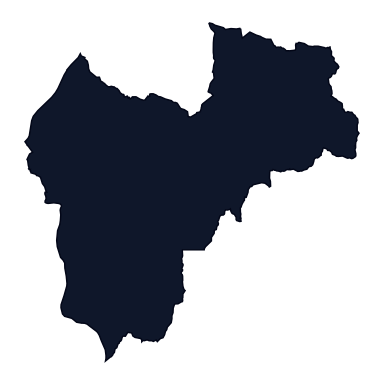 Envigado, Antioquia, Colombia (Equal Earth projection)
{"feature_id": "7082276B11340902680280", "entity_name": "Envigado", "entity_type": "district", "adm_level": 2, "iso_a3": "COL", "parent_name": "Colombia", "parent_adm1": "Antioquia", "projection": "equal_earth", "projection_center": [-75.537, 6.148], "detail": "fine", "context": "isolated", "style": "filled", "palette": "ink", "viewbox_px": 384, "rotation_deg": 0, "n_neighbors": 0, "source": "geoboundaries", "source_scale": "gbopen_adm2", "svg_char_len": 5865}
<svg xmlns="http://www.w3.org/2000/svg" viewBox="0 0 384 384"><path d="M352.9,158.3L355.3,156.7L355.8,155.9L355.8,153.7L354.9,149.8L355.6,147.8L355.6,145.9L355.1,145.8L355.5,145.5L355.8,142.0L356.8,140.4L356.5,137.9L357.4,135.7L359.0,133.2L357.2,130.9L357.2,125.0L358.0,122.6L357.7,119.1L357.2,118.3L356.2,117.6L354.9,115.3L353.6,114.6L351.9,112.3L349.9,112.3L347.9,111.6L346.8,112.3L344.8,112.2L343.6,109.2L342.4,109.3L342.4,106.3L342.1,103.6L340.8,102.6L337.7,101.0L336.2,99.2L334.4,98.3L332.4,96.7L331.0,96.1L332.0,93.6L331.8,90.8L331.3,89.1L331.0,86.6L329.5,84.9L328.8,83.3L328.3,78.7L328.8,78.0L330.1,77.5L331.3,76.4L332.4,73.7L334.8,73.9L335.6,72.9L336.3,70.1L337.1,68.9L338.3,68.2L338.8,66.8L337.4,64.3L335.5,62.8L333.9,61.0L334.1,58.2L332.4,56.5L331.7,56.3L331.4,54.7L331.5,51.6L330.4,49.5L330.0,47.0L329.1,47.3L328.5,48.0L327.5,47.5L325.6,48.4L324.9,47.7L318.1,46.2L314.0,46.2L313.7,46.7L308.3,46.1L304.4,43.6L299.0,42.4L298.3,42.7L297.6,43.6L296.1,43.4L295.6,45.0L295.9,48.4L295.2,50.2L289.8,50.8L286.0,50.7L285.2,49.6L283.3,48.2L282.2,48.2L280.7,47.0L279.6,47.3L278.0,47.1L276.3,47.5L274.8,45.7L273.9,45.5L270.8,39.3L265.9,39.2L261.7,37.3L260.6,36.5L256.2,35.1L249.9,32.1L242.3,38.1L241.2,33.4L240.7,29.2L240.0,28.9L239.8,28.4L236.4,29.0L231.0,28.6L225.4,29.5L223.4,27.7L214.9,25.2L212.5,23.7L209.5,23.0L209.0,23.5L209.7,25.3L209.8,26.0L211.3,29.0L214.1,31.7L215.0,33.2L213.8,37.8L213.4,42.7L213.3,49.2L213.3,52.5L213.7,55.4L213.6,57.8L213.8,58.6L215.0,60.1L215.1,60.9L213.8,65.1L213.2,69.9L212.5,72.0L213.5,72.7L214.2,78.4L211.1,82.4L210.2,84.0L209.7,86.7L208.2,91.4L208.2,91.8L209.1,92.4L211.0,93.1L213.2,95.5L202.7,103.8L201.7,105.1L201.8,106.1L201.4,107.2L201.1,109.3L200.3,111.3L199.7,112.1L196.8,112.6L196.3,113.8L190.6,117.1L188.2,116.6L187.5,111.7L184.2,109.6L181.2,108.7L180.4,108.2L177.2,103.2L175.6,102.5L174.1,102.5L172.8,102.0L171.5,100.7L165.3,99.0L160.6,96.9L158.2,96.5L156.1,95.0L153.2,93.8L150.8,93.8L149.7,94.2L149.8,96.2L148.6,96.6L148.0,96.0L145.6,99.1L145.5,99.7L143.7,100.3L140.1,99.2L136.0,96.8L133.9,96.8L133.3,97.6L132.8,96.8L132.3,96.9L131.2,98.4L130.0,98.9L129.5,97.5L129.1,97.3L128.5,97.2L128.3,98.1L127.9,97.9L127.2,96.1L124.7,97.1L124.1,96.9L124.1,95.4L123.9,95.4L123.7,94.8L123.3,94.9L123.2,94.4L122.2,94.3L120.2,92.8L119.1,90.7L117.1,88.5L115.9,88.3L114.1,86.9L113.5,87.3L113.2,86.8L111.1,86.3L110.0,86.8L108.0,86.7L105.1,84.3L104.6,83.4L103.5,83.2L102.8,82.2L100.8,81.2L99.4,77.2L96.5,77.3L89.8,71.8L88.6,68.8L88.3,65.1L87.3,61.2L84.5,58.8L84.9,57.5L81.3,56.0L80.3,53.7L78.2,57.6L71.2,64.7L66.9,69.9L67.1,70.1L64.2,74.9L58.0,88.4L55.5,92.6L51.7,97.3L37.8,110.7L33.3,116.3L31.7,120.6L29.3,135.8L28.1,138.3L25.0,141.7L26.8,144.3L27.2,145.4L28.1,146.0L32.6,152.2L29.6,154.0L27.0,159.5L27.7,160.5L28.3,165.2L29.1,168.2L28.6,168.8L29.1,169.4L29.3,169.2L29.7,169.6L30.3,169.5L30.1,170.1L30.5,170.4L30.4,171.4L30.9,172.0L31.0,172.8L35.6,174.2L36.8,175.6L38.3,175.8L40.5,177.3L42.4,183.5L44.7,186.7L45.7,190.1L46.7,192.2L45.3,192.1L44.9,192.9L45.0,194.3L45.8,196.2L46.1,198.3L45.8,199.7L45.1,200.9L45.1,202.3L46.1,203.0L48.0,203.4L53.8,202.8L58.5,203.4L60.3,204.0L61.3,205.1L61.4,206.7L60.6,208.2L60.2,210.1L60.8,214.9L60.4,220.6L59.8,224.6L57.6,230.6L56.7,240.4L57.3,246.7L60.6,257.4L63.1,260.1L64.7,262.9L64.9,268.2L66.3,276.2L67.0,283.4L66.8,286.0L66.3,287.8L64.2,295.3L61.1,304.7L61.0,307.7L62.5,313.9L64.6,316.3L71.8,318.3L76.6,322.2L81.5,323.1L84.5,323.2L86.9,324.0L96.6,331.4L97.7,332.6L99.3,335.3L101.4,340.8L105.3,349.8L106.0,355.4L106.0,358.4L105.5,361.0L110.1,357.2L111.4,356.6L112.9,354.7L112.9,354.1L114.4,352.4L114.9,349.4L115.3,348.7L116.8,347.7L118.0,344.0L119.3,343.0L119.5,341.5L120.6,341.2L121.5,339.9L122.0,337.7L122.7,336.4L123.4,336.1L125.4,336.2L127.7,332.4L131.7,332.9L132.9,336.0L135.0,337.4L140.7,338.5L141.7,339.9L141.8,341.7L142.9,340.5L144.2,340.7L147.1,339.9L149.1,340.7L151.9,340.7L153.3,341.4L156.2,340.0L157.3,341.6L160.3,338.6L163.0,337.7L164.6,334.7L165.4,331.5L166.7,329.7L167.3,327.2L171.2,322.7L171.9,318.8L171.9,315.7L173.0,312.7L173.2,308.1L174.4,304.6L175.2,303.9L178.0,303.8L181.3,301.9L182.4,301.6L182.7,300.2L182.4,298.8L182.8,297.6L182.9,294.0L185.1,290.6L184.3,289.9L183.7,288.8L182.9,286.2L182.4,281.6L182.7,280.3L182.6,276.1L182.3,274.8L181.3,273.7L181.4,271.7L182.4,271.0L182.6,270.0L182.4,269.4L181.8,269.0L181.8,268.5L183.0,265.5L183.0,264.3L181.8,262.7L182.0,261.0L181.5,258.1L182.0,257.7L182.6,255.9L182.3,250.9L182.5,249.8L204.2,249.8L204.3,248.7L205.5,246.7L211.4,240.9L211.4,237.4L214.1,233.4L214.4,230.3L216.3,229.5L216.8,226.4L218.2,224.9L218.4,223.5L217.7,221.5L218.6,220.1L219.8,216.2L221.5,215.0L223.1,215.1L224.2,214.3L224.5,213.7L224.7,211.2L225.6,209.9L227.5,210.0L229.8,209.4L230.4,208.9L230.9,211.2L231.8,213.0L232.4,213.6L234.4,214.4L236.2,217.4L236.1,219.4L236.6,220.5L239.7,221.5L241.0,221.3L240.8,219.3L240.2,218.2L240.3,217.6L240.8,217.8L240.5,216.4L240.8,214.0L240.4,212.1L240.3,208.0L241.1,207.0L241.8,204.7L243.4,201.5L243.6,201.5L243.7,200.8L244.4,200.3L244.4,198.5L244.7,198.2L244.6,197.1L246.2,197.3L248.0,192.3L248.2,189.7L250.0,186.9L251.8,186.4L253.1,184.8L253.7,184.6L261.6,182.7L265.0,183.2L268.7,186.0L269.3,187.0L270.6,186.2L270.4,181.3L269.5,178.2L269.7,171.9L270.2,170.7L272.2,170.5L273.0,169.5L274.4,170.2L275.7,170.3L276.3,170.8L278.7,171.1L280.8,171.8L281.7,171.0L284.0,171.2L285.5,170.5L286.2,169.8L287.7,169.5L288.6,169.7L289.7,168.9L290.0,169.8L293.4,169.1L297.8,171.4L300.0,171.2L300.9,170.7L301.7,171.1L303.8,170.0L306.9,169.2L308.8,166.7L311.2,166.2L312.7,164.7L313.7,161.6L314.1,159.6L314.8,158.5L316.0,157.7L317.6,157.9L319.3,156.7L320.4,155.5L321.1,155.3L321.3,152.8L322.4,151.2L322.9,148.6L323.5,147.9L326.7,148.8L327.7,150.4L329.5,150.5L331.6,152.2L332.5,154.3L335.3,155.3L336.3,156.2L338.4,156.4L342.6,156.0L346.7,157.9L347.8,158.2L349.6,157.8L351.6,158.6L352.9,158.3Z" fill="#0f172a" stroke="#020617" stroke-width="1.5"/></svg>